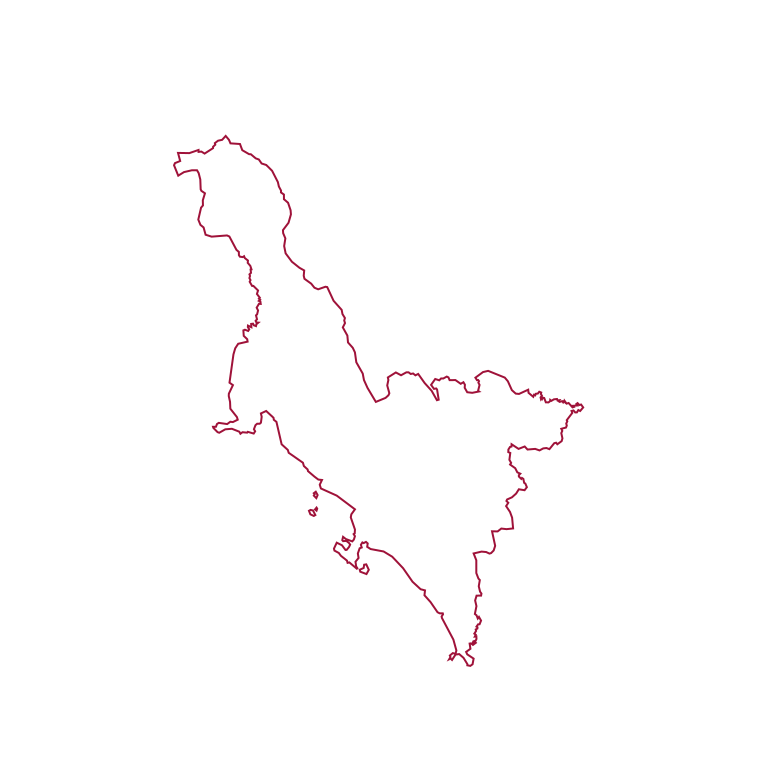 the district of Sikao, Trang, Thailand, rotated 337°
{"feature_id": "78962969B32337273254454", "entity_name": "Sikao", "entity_type": "district", "adm_level": 2, "iso_a3": "THA", "parent_name": "Thailand", "parent_adm1": "Trang", "projection": "robinson", "projection_center": [99.375, 7.613], "detail": "fine", "context": "isolated", "style": "outline", "palette": "rose", "viewbox_px": 768, "rotation_deg": 337, "n_neighbors": 0, "source": "geoboundaries", "source_scale": "gbopen_adm2", "svg_char_len": 6156}
<svg xmlns="http://www.w3.org/2000/svg" viewBox="0 0 768 768"><g transform="rotate(337 384 384)"><path d="M558.2,483.4L557.4,479.9L555.7,479.7L554.7,477.2L553.2,477.6L553.5,479.3L549.1,477.8L549.7,479.3L548.4,479.2L546.5,473.6L544.4,473.4L543.7,470.4L543.3,471.2L542.8,470.1L541.7,470.9L541.3,469.4L538.7,469.1L538.0,468.0L539.0,467.4L537.3,466.9L537.4,465.4L534.4,464.5L531.5,464.9L530.8,463.6L530.2,464.7L528.2,465.2L525.8,464.1L526.0,459.5L525.0,458.7L523.9,459.5L524.0,458.2L522.6,459.2L522.9,457.5L524.8,456.5L524.5,454.5L525.4,453.3L523.9,451.8L521.9,452.9L519.8,452.3L518.8,453.5L517.9,452.5L516.4,454.1L513.6,448.6L514.5,445.6L504.4,445.9L501.5,444.3L499.3,439.6L499.1,429.9L497.7,425.3L485.0,412.6L479.8,411.7L470.6,413.9L471.1,416.8L472.2,417.1L472.6,418.5L471.4,419.6L471.6,422.2L467.9,427.1L468.5,428.0L461.8,426.6L457.4,424.1L456.8,419.0L458.2,416.3L457.8,413.4L454.7,413.8L451.3,408.3L445.9,406.1L445.9,403.1L444.7,401.7L440.7,402.1L438.7,401.2L436.3,402.2L433.1,399.4L427.0,403.2L428.1,408.0L430.3,408.5L430.7,409.8L428.2,419.8L426.4,419.6L425.2,408.9L421.8,399.0L419.4,388.1L416.3,388.3L414.9,385.7L412.5,385.2L411.2,382.9L409.1,382.0L403.1,382.6L399.4,378.0L390.1,379.5L389.6,382.0L386.4,386.6L385.3,394.6L383.7,396.1L380.0,397.4L369.5,397.3L367.3,381.1L367.1,372.5L368.5,366.1L367.0,353.2L369.6,343.5L369.4,338.5L367.1,331.7L369.2,325.1L368.2,315.8L371.9,312.7L372.2,310.0L373.8,308.0L373.1,303.4L374.0,299.2L370.1,287.7L369.6,272.6L368.1,271.6L360.4,271.1L357.6,268.2L356.2,263.2L351.9,256.1L352.4,253.0L354.9,248.3L351.6,244.0L347.0,235.5L344.5,225.3L346.0,218.0L350.1,211.4L350.1,205.8L351.1,202.9L359.1,198.3L364.6,191.5L365.9,187.6L366.5,179.7L364.1,174.8L365.9,170.5L364.0,167.4L364.8,165.7L364.4,161.1L365.2,156.7L364.3,144.0L361.2,136.4L357.5,133.2L356.5,128.4L354.1,126.2L351.2,120.5L349.6,119.7L344.9,113.4L345.2,106.8L336.7,102.5L336.7,98.7L335.2,93.8L330.4,96.0L326.3,95.2L322.4,96.2L322.2,97.8L319.4,98.8L318.8,100.1L308.9,101.8L306.7,98.7L304.0,97.9L304.7,96.1L295.0,95.4L284.7,90.8L283.5,99.1L277.9,99.0L276.2,100.6L276.0,111.8L282.7,110.8L290.7,112.2L295.4,114.2L295.8,117.5L294.8,124.0L291.3,133.2L291.4,134.9L293.7,138.5L289.0,144.1L287.1,148.9L284.5,150.2L277.3,160.1L277.2,165.8L279.1,169.4L278.1,176.9L282.9,181.0L297.5,185.9L299.3,187.8L300.6,202.9L302.0,205.7L300.8,208.7L301.1,210.5L303.6,212.0L305.1,211.7L305.1,213.7L307.0,217.2L305.9,219.2L307.1,223.0L306.8,226.7L305.9,226.5L305.0,229.7L303.0,230.5L302.9,232.2L301.5,233.9L301.7,236.2L300.3,237.4L300.9,242.2L302.1,242.7L304.6,248.7L302.2,251.5L303.4,256.1L302.2,256.6L302.9,258.1L301.3,258.6L302.4,259.9L301.8,262.1L300.3,261.3L296.6,264.0L296.8,267.1L294.4,270.3L293.0,270.8L292.4,274.8L290.5,275.7L290.6,277.5L292.3,278.4L289.9,279.1L288.8,280.7L287.1,279.1L287.0,277.3L285.2,276.8L284.1,279.9L281.6,277.1L280.9,278.4L281.3,281.0L279.7,282.1L277.2,279.7L275.5,279.7L273.7,284.9L275.6,289.3L275.0,291.7L265.5,290.0L261.0,293.0L257.0,297.9L242.3,322.4L244.5,326.0L237.4,332.3L236.4,334.4L235.3,340.3L232.9,346.7L235.7,357.0L235.4,359.7L230.0,360.0L227.8,358.7L224.0,359.6L216.7,355.2L214.6,355.6L212.6,357.7L209.9,356.6L209.8,357.8L212.0,363.3L213.3,364.5L220.2,363.7L226.5,365.8L232.2,371.4L232.4,373.7L234.9,373.1L239.0,375.3L239.9,374.8L244.7,378.7L246.9,377.2L246.6,374.8L249.6,371.7L251.7,371.0L254.1,372.0L255.6,371.5L258.6,366.4L259.2,363.0L265.0,362.8L269.1,371.9L268.6,373.9L270.2,376.8L266.2,399.5L269.7,407.1L269.4,410.1L278.6,424.8L278.2,428.2L280.3,432.8L280.0,434.5L283.8,442.1L286.2,446.3L289.4,448.1L285.5,451.6L285.1,455.5L296.9,468.3L308.3,488.0L303.0,491.2L301.3,493.8L300.4,506.6L298.7,510.0L297.4,510.3L297.8,512.7L295.5,515.4L293.3,516.5L288.3,511.8L286.6,508.7L284.6,511.4L285.0,512.7L288.0,513.7L289.6,516.5L290.1,518.6L288.1,520.4L284.8,522.1L283.7,521.7L282.3,516.0L278.5,511.6L273.6,516.0L273.3,518.0L276.4,521.9L277.2,525.3L280.9,532.1L280.6,534.4L282.4,534.7L286.8,543.4L287.5,543.2L287.1,541.0L288.3,536.5L292.6,534.2L293.7,529.8L297.4,525.7L299.6,525.8L299.9,523.0L302.2,521.4L303.1,522.5L305.7,522.3L306.7,524.4L304.9,527.3L307.2,530.7L318.2,538.0L324.1,546.2L329.6,561.0L333.0,577.2L337.5,587.2L341.1,590.0L338.7,594.3L341.6,602.8L344.1,615.0L345.6,616.8L348.5,618.1L348.3,619.1L346.2,620.5L345.9,622.0L348.0,646.4L346.5,657.6L344.4,660.3L342.2,658.6L338.5,659.7L338.5,661.3L336.5,662.8L338.0,662.7L338.8,664.6L344.1,661.0L347.7,662.0L350.2,667.1L351.3,674.5L350.8,675.5L353.3,677.2L356.0,676.6L359.2,671.8L355.0,665.4L354.9,662.7L360.1,661.5L361.4,656.4L362.7,656.7L363.9,658.9L367.4,658.1L367.1,657.2L365.2,657.7L364.9,656.6L365.7,655.8L368.2,656.0L369.5,654.8L370.4,652.4L368.9,652.0L370.5,650.6L369.6,649.1L372.3,647.3L372.5,645.8L374.4,645.6L375.0,644.5L374.3,643.5L376.7,642.0L378.1,642.5L380.9,639.7L380.4,635.5L378.7,636.5L378.8,633.1L377.8,631.2L382.3,624.6L383.3,618.9L386.5,615.0L390.7,616.7L391.8,615.0L391.3,612.7L392.2,607.2L395.6,601.9L394.9,600.0L395.1,594.1L400.1,582.3L400.3,575.0L408.3,576.4L412.4,578.6L414.8,581.3L416.5,581.5L419.9,580.1L423.1,576.4L425.9,561.8L431.0,564.1L435.5,562.9L440.1,565.5L446.4,567.4L449.7,557.1L450.0,551.0L448.7,544.1L452.0,541.9L451.0,539.5L452.2,538.4L457.5,538.3L462.8,536.5L467.0,533.6L471.9,536.7L475.2,534.8L475.2,530.9L474.4,529.7L475.2,525.8L474.3,524.4L473.3,525.0L472.0,521.9L472.5,520.6L474.4,519.8L472.2,517.4L471.9,512.8L468.6,507.4L470.2,506.3L469.8,502.8L473.3,496.8L471.8,495.3L472.9,492.9L475.4,491.2L476.9,491.4L477.9,489.3L482.5,496.3L489.1,496.5L490.5,500.4L497.8,502.8L501.2,505.9L505.4,505.5L508.5,506.4L510.8,508.6L517.6,505.0L519.5,505.3L520.0,507.2L525.2,506.0L527.0,503.8L528.0,498.5L529.8,496.8L529.7,494.5L534.5,495.2L536.0,493.7L536.3,491.6L538.2,489.9L538.1,488.7L546.0,484.2L546.1,482.1L548.1,482.4L548.9,484.9L550.5,485.5L552.7,483.9L554.0,485.5L558.2,483.4ZM297.4,549.1L297.2,543.1L295.1,542.6L293.4,545.4L289.1,545.5L288.8,547.5L293.6,552.1L297.4,549.1ZM269.6,477.8L269.2,472.7L267.2,471.2L265.4,471.4L265.3,475.2L267.8,478.0L269.6,477.8ZM279.1,456.5L276.7,457.1L277.1,458.4L275.8,459.3L277.1,462.6L279.5,460.3L279.1,456.5ZM272.4,474.2L273.8,472.7L273.6,471.4L271.5,472.5L272.4,474.2Z" fill="none" stroke="#9f1239" stroke-width="2"/></g></svg>